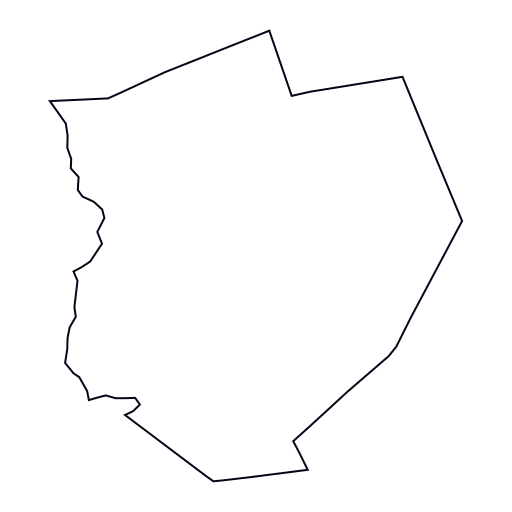 outline of Curral Velho, Paraíba, Brazil
{"feature_id": "56859067B57325198781008", "entity_name": "Curral Velho", "entity_type": "district", "adm_level": 2, "iso_a3": "BRA", "parent_name": "Brazil", "parent_adm1": "Paraíba", "projection": "equal_earth", "projection_center": [-38.205, -7.54], "detail": "fine", "context": "isolated", "style": "outline", "palette": "ink", "viewbox_px": 512, "rotation_deg": 0, "n_neighbors": 0, "source": "geoboundaries", "source_scale": "gbopen_adm2", "svg_char_len": 812}
<svg xmlns="http://www.w3.org/2000/svg" viewBox="0 0 512 512"><path d="M49.9,101.1L65.8,123.6L67.6,135.5L67.3,147.8L71.2,158.9L70.8,168.4L78.6,177.0L77.8,190.0L82.4,196.5L93.8,201.8L102.2,209.5L104.4,218.0L97.3,231.9L102.0,243.7L90.2,261.5L81.7,267.1L73.5,271.5L77.5,280.8L74.4,307.2L75.8,316.7L69.7,327.3L67.6,337.7L67.2,349.6L65.1,362.9L73.5,373.3L79.3,377.2L87.1,391.0L88.9,400.1L96.3,397.9L105.8,395.4L115.5,398.2L124.6,398.2L135.2,397.9L139.9,404.6L133.0,411.2L125.0,415.0L197.2,469.4L206.1,476.1L213.4,481.3L222.7,480.4L251.4,477.0L307.7,469.8L298.8,451.7L293.2,441.2L312.2,424.1L347.7,391.5L388.6,356.2L396.2,346.8L410.7,317.8L462.1,221.0L437.6,162.3L402.5,76.8L310.2,91.7L291.7,95.9L269.3,30.7L234.4,44.5L164.9,72.2L120.0,93.0L108.0,98.4L49.9,101.1Z" fill="none" stroke="#020617" stroke-width="2"/></svg>